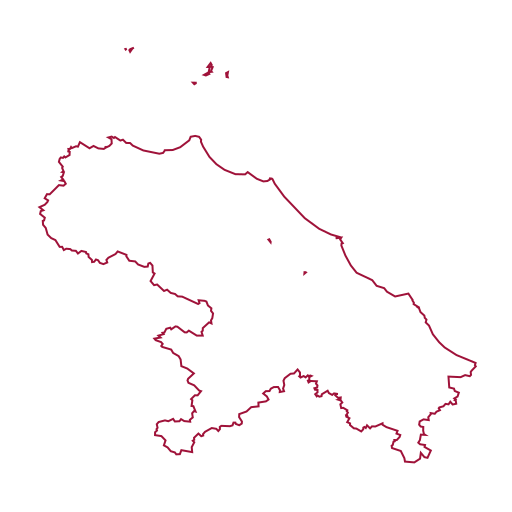 the district of Lazio, Roma, Italy, rotated 177°
{"feature_id": "23120603B86473916475875", "entity_name": "Lazio", "entity_type": "district", "adm_level": 2, "iso_a3": "ITA", "parent_name": "Italy", "parent_adm1": "Roma", "projection": "natural_earth1", "projection_center": [12.727, 41.812], "detail": "fine", "context": "isolated", "style": "outline", "palette": "rose", "viewbox_px": 512, "rotation_deg": 177, "n_neighbors": 0, "source": "geoboundaries", "source_scale": "gbopen_adm2", "svg_char_len": 5987}
<svg xmlns="http://www.w3.org/2000/svg" viewBox="0 0 512 512"><g transform="rotate(177 256 256)"><path d="M43.1,135.5L42.3,137.7L61.0,146.6L72.4,154.8L77.6,160.3L83.5,168.6L86.9,177.5L90.0,180.8L89.1,183.6L90.7,185.4L91.0,187.7L94.7,191.4L95.9,195.3L98.4,197.4L95.3,195.7L101.1,199.7L100.8,201.1L102.4,203.9L101.6,203.4L105.8,210.5L119.2,208.3L127.1,213.5L129.7,217.2L137.1,219.9L141.2,225.8L156.4,234.0L161.8,241.6L166.7,251.8L170.2,262.0L169.9,264.0L168.7,264.3L171.1,268.2L169.9,269.9L175.5,269.5L171.8,270.7L180.1,273.6L191.4,279.8L205.3,291.2L224.7,313.8L233.5,327.2L235.5,331.9L236.2,332.5L238.8,332.9L237.5,332.0L240.7,330.3L244.7,330.1L251.2,333.1L259.9,340.2L262.6,338.1L272.3,338.8L282.9,343.7L290.7,349.7L297.3,357.4L303.1,368.0L305.0,373.0L304.7,375.0L306.6,378.0L310.4,379.1L315.0,378.5L316.6,375.0L326.0,368.6L333.6,366.2L342.4,366.4L341.8,366.2L341.8,365.8L343.4,363.8L347.2,363.2L363.0,367.3L373.3,372.7L375.8,375.4L379.7,375.7L382.8,379.1L385.4,378.4L390.6,382.2L391.7,381.3L393.9,382.8L397.2,382.1L394.2,380.2L394.2,375.9L396.7,373.6L399.6,372.4L400.1,372.8L401.4,372.5L400.1,372.2L402.4,370.9L407.8,371.7L412.5,374.4L416.6,372.3L425.9,378.9L428.1,374.5L429.9,375.0L434.3,373.4L435.0,374.5L436.2,372.6L437.7,372.7L437.3,370.5L438.8,370.5L436.6,369.8L436.9,366.6L441.2,364.4L442.3,365.5L443.6,364.1L445.8,364.6L447.0,363.2L447.9,360.3L444.3,355.3L445.0,354.1L443.8,350.8L445.0,350.0L443.5,349.6L444.8,346.1L446.4,345.1L444.6,342.6L446.8,341.6L443.5,340.8L442.2,338.1L444.5,336.3L449.1,337.1L458.8,328.4L461.5,328.7L464.0,324.7L460.7,322.4L461.5,320.8L464.3,318.2L469.7,316.1L466.0,312.8L468.6,312.1L469.4,309.3L464.9,305.3L465.8,302.6L467.1,302.2L467.0,298.3L464.5,295.0L463.0,288.3L459.6,284.6L455.5,282.4L451.6,275.4L449.1,275.3L447.6,272.0L445.1,273.2L441.1,272.6L439.6,271.1L435.6,270.6L433.7,267.8L430.1,270.2L425.6,268.9L425.4,267.5L423.3,266.5L423.2,263.8L420.1,260.7L420.0,258.5L417.9,258.7L416.0,260.9L413.9,260.0L412.3,257.3L408.8,255.9L404.9,257.3L405.6,259.9L403.5,262.0L396.2,265.3L393.9,267.8L385.3,263.9L385.5,262.5L382.8,257.9L376.9,256.9L374.2,253.7L368.1,251.0L364.7,251.1L363.9,254.1L362.1,254.7L359.9,251.9L359.9,245.0L358.2,243.8L362.6,236.5L359.3,232.2L356.2,232.7L349.7,225.9L346.5,227.0L343.1,223.6L338.8,222.3L336.3,219.8L331.9,219.3L316.3,211.1L314.9,211.9L315.6,214.8L309.6,213.9L307.9,213.1L306.6,209.1L303.3,206.1L303.8,203.6L301.9,200.9L302.9,196.2L304.3,194.1L304.0,191.0L306.3,192.2L312.9,186.8L313.1,184.2L314.4,183.1L313.4,179.3L319.3,179.6L327.0,185.0L329.2,183.3L331.2,183.5L338.2,189.5L340.1,189.9L344.5,187.2L345.4,188.9L349.4,188.0L351.5,184.4L353.3,184.2L352.4,182.8L357.6,181.6L355.6,179.6L361.8,178.8L360.6,177.2L355.3,175.0L353.8,173.1L355.3,171.1L354.4,170.1L345.6,167.0L343.8,163.5L338.5,160.1L336.7,156.6L336.3,149.9L330.5,147.2L324.2,142.0L330.2,137.0L330.9,135.3L330.1,132.9L324.5,130.1L319.8,124.6L318.0,123.9L321.6,119.9L324.3,120.1L328.3,116.5L327.1,115.3L328.2,109.6L326.4,109.3L324.5,103.8L326.1,104.3L328.0,102.3L327.6,98.1L330.6,95.9L330.4,94.0L336.3,94.9L339.4,97.0L341.1,95.0L345.7,95.0L347.3,97.7L352.2,95.6L355.5,96.6L361.9,95.3L363.9,93.2L363.3,89.6L364.4,88.3L364.0,86.9L366.0,85.3L366.2,82.4L359.9,81.1L356.0,76.6L357.9,71.7L354.3,69.5L351.3,65.5L347.3,64.1L346.0,62.1L342.4,62.1L340.7,66.0L330.0,63.5L330.2,68.5L327.4,73.2L328.8,74.8L327.3,75.7L327.4,77.7L322.8,81.7L320.1,78.9L318.1,79.5L318.2,80.9L316.1,83.1L309.2,86.5L304.7,85.5L302.8,83.2L301.1,85.0L301.1,87.2L299.5,88.2L290.9,87.4L288.3,88.1L287.2,90.8L285.3,90.7L285.0,89.4L281.6,87.9L279.0,89.4L278.7,91.4L281.3,96.0L281.0,99.0L273.6,101.2L268.7,105.3L261.3,105.7L261.3,109.5L253.7,110.3L251.0,112.0L252.5,115.2L256.0,118.3L253.3,120.5L249.6,120.4L248.2,122.7L245.0,124.2L240.8,124.0L239.1,120.7L239.4,118.9L235.1,119.5L235.9,122.2L234.5,125.7L235.1,130.0L233.7,132.5L227.7,136.6L224.2,136.7L220.4,140.5L218.2,137.4L218.3,134.2L219.1,133.6L217.9,132.3L214.7,133.6L212.8,132.2L210.5,134.1L209.8,133.2L208.0,133.8L206.9,133.3L209.2,132.2L209.2,129.4L210.7,128.8L210.1,127.0L207.8,128.3L201.8,127.7L202.8,125.4L201.4,123.6L201.8,121.5L204.6,120.9L204.1,119.4L201.6,119.0L201.7,116.6L204.1,114.9L202.7,112.7L201.9,113.5L200.1,112.2L197.9,112.6L197.5,114.5L191.5,117.7L190.4,115.3L187.2,113.3L185.3,114.7L181.4,113.9L183.5,114.0L184.2,112.8L181.4,110.0L178.8,110.3L179.0,108.9L181.4,108.2L178.8,107.2L177.5,105.2L179.5,103.5L178.9,99.7L176.8,99.8L172.9,97.2L173.5,96.3L172.4,94.8L173.7,93.0L173.3,91.9L174.4,92.0L174.2,90.8L171.2,89.1L173.6,85.3L170.8,83.9L171.0,82.3L167.3,78.8L164.8,78.4L160.1,75.3L158.0,77.3L157.8,79.0L156.7,79.6L155.4,78.5L154.0,81.1L151.1,77.9L149.1,79.8L145.7,79.5L138.4,82.3L138.4,80.8L134.7,78.3L123.8,74.0L125.0,71.3L121.3,69.7L122.0,67.8L125.1,64.8L127.4,65.0L127.2,63.7L128.4,63.4L129.3,60.2L130.5,59.4L130.2,57.1L121.6,53.7L118.4,46.3L118.0,42.9L108.7,41.6L102.8,45.0L101.7,50.8L98.3,46.3L95.3,45.5L91.6,52.6L97.7,56.5L97.1,58.4L102.0,59.4L103.7,61.1L102.0,63.5L100.7,69.0L96.4,68.5L97.6,69.4L98.2,72.8L97.9,76.5L100.5,77.1L101.9,79.0L101.2,82.2L97.2,84.1L92.1,83.1L92.4,86.0L89.7,88.9L89.8,90.0L85.7,89.1L83.9,91.1L80.4,92.4L81.5,94.4L80.8,95.2L76.7,96.1L74.5,98.4L71.5,97.8L69.6,100.3L67.4,97.4L63.8,98.0L64.1,101.1L65.0,101.6L64.1,102.3L65.4,103.4L62.1,105.1L60.6,108.9L64.6,110.8L65.2,113.2L69.9,114.6L70.1,125.5L58.0,124.3L53.4,126.1L48.8,124.8L47.5,126.0L47.7,128.9L46.7,130.2L42.3,134.3L43.1,135.5ZM208.4,237.3L207.3,237.2L207.0,237.0L208.6,235.8L208.4,237.3ZM241.9,272.0L240.6,269.4L240.7,268.9L242.7,271.7L241.9,272.0ZM296.6,438.9L293.3,440.2L294.0,440.9L292.6,442.2L290.6,442.3L291.2,443.1L289.4,446.9L291.5,447.4L290.2,449.1L291.2,451.1L294.4,447.3L292.3,447.1L293.7,441.9L298.4,439.6L296.6,438.9ZM371.0,466.5L368.6,469.6L367.1,470.4L370.7,469.2L371.7,468.2L371.0,466.5ZM274.8,436.0L275.2,437.7L274.4,441.1L276.3,440.2L276.0,436.3L274.8,436.0ZM308.6,430.8L307.1,431.6L307.1,432.2L309.9,432.4L308.6,430.8ZM375.3,469.0L374.4,469.8L375.6,469.5L375.3,469.0Z" fill="none" stroke="#9f1239" stroke-width="2"/></g></svg>